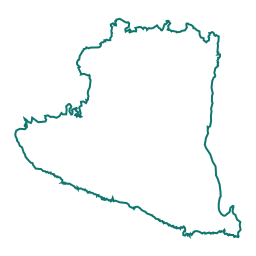 the district of Gunung Kidul, Yogyakarta, Indonesia
{"feature_id": "22746128B54859500646728", "entity_name": "Gunung Kidul", "entity_type": "district", "adm_level": 2, "iso_a3": "IDN", "parent_name": "Indonesia", "parent_adm1": "Yogyakarta", "projection": "natural_earth1", "projection_center": [110.599, -7.993], "detail": "fine", "context": "isolated", "style": "outline", "palette": "teal", "viewbox_px": 256, "rotation_deg": 0, "n_neighbors": 0, "source": "geoboundaries", "source_scale": "gbopen_adm2", "svg_char_len": 5763}
<svg xmlns="http://www.w3.org/2000/svg" viewBox="0 0 256 256"><path d="M19.9,146.0L22.0,147.2L23.7,152.6L24.9,154.2L25.6,157.0L26.3,157.3L26.6,158.3L30.7,162.6L32.5,163.1L33.1,165.0L35.7,168.6L41.1,169.1L43.1,171.0L45.2,171.3L46.2,172.3L47.3,171.8L48.6,172.9L50.7,172.5L51.1,173.7L54.0,174.3L53.9,175.2L54.8,175.4L55.1,176.4L56.1,176.3L57.0,177.1L57.6,176.5L58.3,177.2L60.2,177.6L61.4,179.4L62.3,179.9L62.3,182.2L61.9,182.5L62.8,182.4L63.0,183.3L63.8,183.0L64.1,183.6L64.9,182.8L65.5,183.8L66.7,183.3L67.8,183.9L69.3,183.6L74.4,186.5L75.2,187.8L76.7,188.6L77.2,188.2L77.6,188.8L77.5,187.4L79.0,188.8L80.8,188.4L83.1,189.6L85.0,189.5L85.1,190.3L86.6,190.6L87.5,192.2L88.5,192.0L88.5,192.5L89.7,191.9L89.9,192.6L92.7,192.9L94.2,194.2L95.6,194.2L96.8,195.1L96.9,195.7L97.8,194.4L97.7,195.4L98.6,195.1L98.8,196.3L100.9,196.7L101.5,198.2L102.1,197.6L102.5,198.3L103.1,198.2L102.7,198.9L103.8,198.7L103.5,199.6L104.3,199.8L104.4,199.1L104.9,198.9L105.8,199.6L106.7,198.8L107.1,199.5L108.1,199.6L108.8,200.4L109.5,200.2L110.8,201.4L111.4,201.0L111.7,201.5L111.4,199.8L112.1,199.8L112.7,198.0L113.7,201.2L115.3,200.6L119.8,202.3L126.5,203.0L128.6,204.5L129.5,206.5L133.2,208.2L133.7,207.7L134.1,208.8L135.4,207.0L137.4,206.7L139.6,207.9L141.9,210.2L145.5,211.9L147.2,213.6L152.4,215.4L152.5,216.1L154.3,217.0L155.7,218.7L159.4,219.6L159.1,220.4L160.2,221.2L162.3,221.0L163.0,222.3L163.6,222.1L163.8,223.0L164.3,222.6L165.1,223.2L166.8,223.1L168.0,224.5L168.6,224.3L169.0,225.5L170.0,225.0L171.4,226.3L173.0,225.7L173.5,226.1L173.4,227.1L174.5,227.6L175.8,227.2L175.6,227.7L176.6,228.4L177.7,227.9L179.1,228.4L180.2,227.7L180.5,228.5L181.3,227.1L182.6,227.8L183.7,226.5L184.9,227.8L185.2,230.1L185.0,231.4L184.0,231.4L183.2,232.9L183.4,235.1L184.9,235.6L186.2,234.0L186.8,234.5L187.1,233.8L188.8,234.2L188.6,235.0L189.4,234.5L189.6,235.0L190.5,233.6L191.7,234.9L193.6,232.0L194.1,232.1L194.7,231.3L196.9,231.1L199.4,231.8L202.3,233.5L202.9,232.9L204.6,232.6L205.2,233.7L209.0,232.6L210.4,233.4L210.4,233.0L211.1,233.3L213.0,232.6L213.4,233.4L214.5,232.8L216.9,233.2L219.5,231.2L220.5,232.0L221.1,231.2L221.5,231.7L222.9,231.5L224.4,229.8L224.7,230.6L224.1,232.8L224.9,234.0L226.5,233.7L227.8,234.2L227.7,234.9L228.6,235.4L229.7,234.4L230.3,235.0L233.3,235.0L234.0,236.4L234.7,236.1L234.7,236.8L236.3,236.3L238.0,237.2L238.6,236.6L238.1,235.0L238.2,232.4L240.6,229.8L239.7,225.2L240.3,221.9L237.0,219.5L235.5,215.0L233.4,213.6L232.5,211.3L233.5,206.3L232.8,205.9L230.6,207.6L229.5,212.1L224.9,215.7L223.5,215.6L221.2,213.9L219.4,210.9L218.8,208.6L218.7,203.9L219.7,198.0L220.7,196.5L220.4,190.9L219.6,184.5L217.6,178.5L216.1,175.5L215.6,166.5L212.6,161.5L210.3,154.4L206.2,148.2L204.8,144.9L206.0,137.9L208.1,133.3L207.6,130.6L208.1,128.5L207.6,128.1L207.7,126.9L208.3,127.3L210.1,126.3L211.1,120.9L210.9,116.0L211.5,111.6L211.1,108.5L212.6,103.0L211.9,101.5L212.0,95.9L212.8,93.6L211.5,87.7L212.3,80.8L213.7,77.5L215.0,76.7L215.3,75.5L214.3,72.8L215.1,69.2L215.8,67.7L217.8,66.3L218.1,65.4L217.6,64.9L218.1,63.8L217.6,62.6L218.1,62.3L217.4,60.5L218.2,59.4L218.1,57.8L219.1,57.8L220.0,56.4L219.9,54.4L217.7,54.6L218.2,54.0L217.8,53.3L218.3,52.4L217.4,52.0L218.0,45.3L217.6,43.4L218.4,41.7L218.8,36.6L216.2,35.1L215.5,35.9L214.2,35.1L214.1,33.6L212.8,32.3L211.9,32.1L210.8,33.0L209.3,33.1L209.8,34.9L208.6,36.1L208.5,37.3L209.2,37.8L208.9,40.4L207.1,41.3L206.3,42.3L203.7,40.3L203.6,38.2L200.8,37.4L199.6,34.6L199.5,31.4L196.5,30.0L195.2,28.5L193.4,28.2L193.4,26.8L191.3,25.0L188.6,24.3L187.9,23.5L186.5,23.7L186.3,25.2L186.9,27.4L184.9,30.4L182.0,30.8L180.3,31.8L176.7,32.3L176.4,31.7L171.9,30.8L171.5,31.3L169.4,29.6L168.6,30.0L167.6,29.6L168.5,28.0L168.2,25.8L170.2,23.4L168.5,20.9L167.4,20.8L166.6,21.2L167.4,22.0L167.4,22.6L165.8,24.2L165.2,23.9L164.5,24.4L163.0,29.0L161.9,30.4L161.1,30.2L160.3,28.7L158.8,27.9L157.0,25.4L153.0,28.1L150.8,28.5L148.8,28.1L147.1,29.8L147.0,28.8L145.5,27.7L144.2,27.5L143.2,29.0L141.4,27.3L139.5,27.0L139.4,26.2L139.2,27.1L135.4,27.9L136.3,30.4L136.0,31.4L133.5,31.1L129.6,32.4L129.4,32.1L130.6,30.5L129.8,29.4L125.7,31.6L125.3,29.5L125.5,28.7L128.8,26.9L129.2,23.2L128.4,22.6L128.1,23.5L128.0,22.4L126.0,22.5L119.8,18.8L116.3,19.7L116.1,21.1L115.2,21.3L115.6,23.1L115.2,24.0L116.0,24.3L116.1,25.4L114.3,25.2L114.0,24.0L113.0,23.3L110.8,24.5L111.0,26.1L112.1,26.9L111.3,31.8L112.1,33.0L111.6,33.6L111.7,36.1L110.2,38.2L110.3,40.1L108.2,40.3L106.9,39.6L106.1,40.0L105.9,40.7L105.8,40.1L104.7,40.2L105.2,41.3L104.1,41.3L103.4,42.3L101.5,42.5L100.1,44.0L100.9,44.6L100.9,45.4L100.2,46.6L98.7,47.4L90.4,47.6L88.9,48.3L86.3,47.4L85.8,48.6L83.7,49.1L83.3,50.7L82.7,51.0L79.7,56.1L79.2,59.6L78.2,59.9L76.9,62.5L77.2,64.5L79.7,66.9L78.3,67.7L81.1,73.6L80.9,74.5L84.0,73.8L88.1,75.5L89.2,75.0L89.8,76.1L89.5,78.0L90.6,80.1L89.7,87.5L88.3,90.3L87.7,93.2L88.5,96.4L87.9,98.3L88.1,99.4L87.4,100.3L86.3,100.0L86.7,101.7L86.0,103.1L83.5,101.5L80.9,101.8L81.6,105.7L79.8,106.6L79.2,107.6L80.7,113.1L80.3,114.3L79.2,114.6L81.3,116.6L80.1,117.0L79.4,116.0L77.7,115.9L76.9,116.6L76.6,115.9L75.1,115.2L75.6,114.3L77.0,114.2L78.3,112.2L75.7,110.5L75.6,109.5L76.8,108.5L76.5,107.9L72.3,109.6L71.9,110.5L72.6,111.4L72.4,113.5L71.8,114.5L71.2,114.5L69.4,111.4L69.7,108.5L70.8,107.8L71.3,106.5L70.1,104.4L68.8,104.0L66.2,106.3L66.7,109.6L66.2,114.3L62.7,114.3L61.5,113.0L59.5,116.1L56.6,117.8L52.9,116.7L50.6,117.0L48.0,115.4L45.2,115.9L45.6,116.6L45.2,118.0L46.2,119.7L45.4,121.5L38.2,122.2L32.2,117.7L31.7,121.2L30.9,123.0L27.9,121.8L27.2,120.6L24.6,118.6L25.0,120.0L26.7,121.5L24.6,125.7L24.9,126.3L25.5,126.3L26.7,125.1L26.9,127.1L25.0,129.2L20.0,128.8L17.3,130.0L16.1,131.0L15.4,133.5L15.4,135.8L17.2,139.7L16.9,140.6L18.5,142.4L19.9,146.0ZM189.4,235.9L189.2,235.1L188.9,234.9L188.9,235.4L189.4,235.9Z" fill="none" stroke="#0f766e" stroke-width="2"/></svg>